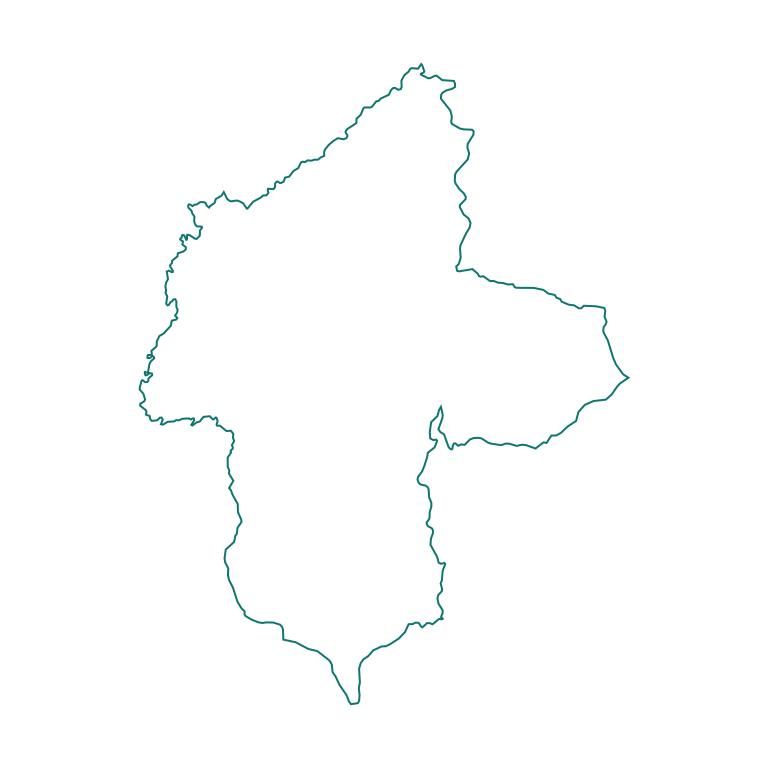 outline of Cisneros, Antioquia, Colombia, rotated 274°
{"feature_id": "7082276B52790973649265", "entity_name": "Cisneros", "entity_type": "district", "adm_level": 2, "iso_a3": "COL", "parent_name": "Colombia", "parent_adm1": "Antioquia", "projection": "albers", "projection_center": [-75.079, 6.546], "detail": "fine", "context": "isolated", "style": "outline", "palette": "teal", "viewbox_px": 768, "rotation_deg": 274, "n_neighbors": 0, "source": "geoboundaries", "source_scale": "gbopen_adm2", "svg_char_len": 6152}
<svg xmlns="http://www.w3.org/2000/svg" viewBox="0 0 768 768"><g transform="rotate(274 384 384)"><path d="M62.3,373.4L63.6,379.4L64.3,380.5L66.6,381.3L72.1,381.3L78.9,380.1L84.5,380.8L98.1,379.0L103.9,380.2L108.0,382.7L111.4,387.2L117.5,391.8L122.0,399.8L122.5,403.9L124.5,407.7L131.0,416.4L138.0,422.3L146.1,425.3L146.5,429.4L148.1,432.0L148.2,434.5L147.6,435.8L144.5,438.0L144.0,439.4L148.5,443.6L148.6,446.4L147.7,449.2L153.4,455.2L153.3,458.0L153.9,458.9L155.5,457.2L159.9,458.4L162.4,458.3L168.6,453.7L173.8,452.3L177.1,452.8L181.5,456.2L183.5,456.3L189.0,454.4L192.4,455.5L201.4,455.5L208.8,457.6L209.7,456.6L208.6,453.4L209.6,451.0L215.2,449.1L226.8,441.6L232.9,441.6L238.0,443.1L241.4,443.1L243.4,441.8L245.3,437.6L247.7,436.3L249.2,436.3L251.6,438.1L253.9,438.8L259.3,438.5L265.0,439.8L268.9,439.5L274.2,436.9L282.0,435.9L284.1,434.8L285.6,432.6L286.2,428.0L287.0,426.3L289.0,424.8L291.4,424.1L294.0,424.6L299.4,428.1L305.2,430.0L314.4,432.2L318.5,432.5L324.2,438.8L329.4,440.6L331.2,440.8L332.1,440.1L331.5,437.1L333.0,433.9L339.2,433.0L349.2,433.7L355.8,439.6L361.8,440.7L365.2,442.4L357.5,444.7L354.4,444.7L342.6,441.4L340.0,443.6L338.0,447.4L325.6,452.8L323.7,454.9L323.5,456.2L324.1,456.7L327.8,457.0L329.8,458.2L329.5,459.8L327.5,462.2L329.1,465.0L328.9,468.7L334.6,473.5L336.3,477.1L336.9,482.0L336.6,484.9L332.6,492.3L331.9,495.7L331.2,505.3L333.1,509.7L333.2,513.1L331.5,520.7L333.0,525.5L333.0,529.8L330.2,539.6L336.9,547.2L336.6,550.3L344.2,554.5L344.7,559.5L347.5,563.8L354.5,570.3L360.5,578.2L369.6,579.9L377.1,585.7L381.6,594.1L383.9,606.4L389.3,611.8L397.9,616.9L401.0,619.4L407.3,627.4L410.4,621.8L419.5,614.2L425.8,610.9L443.2,604.2L450.5,599.6L452.3,599.0L456.3,599.2L458.6,600.8L461.6,601.7L466.6,599.3L472.2,599.7L475.2,598.5L476.3,590.2L476.0,578.0L473.3,575.3L473.1,573.0L475.7,568.4L476.0,562.9L478.5,555.5L480.9,553.9L482.2,550.0L484.7,548.2L485.7,541.5L489.0,536.4L490.3,526.8L489.2,509.4L489.8,507.6L492.6,505.5L491.9,500.8L493.0,496.0L493.1,490.4L494.4,486.4L494.1,482.6L498.4,475.6L497.8,472.9L498.2,471.3L500.5,469.9L504.8,464.2L501.6,451.2L502.0,449.1L506.2,447.8L508.9,450.2L515.2,451.7L524.4,450.4L527.8,450.6L539.8,455.3L546.0,458.5L550.5,459.1L554.9,457.0L558.7,451.6L565.6,447.3L567.7,447.2L574.0,452.4L576.3,452.6L580.0,450.1L583.4,445.8L588.9,441.5L591.6,440.4L597.8,440.3L600.7,441.5L613.8,451.8L619.7,452.9L625.7,450.7L629.3,450.7L638.9,455.8L642.2,455.8L643.8,454.2L643.6,445.7L644.2,441.8L648.2,433.6L650.2,432.7L655.3,433.1L661.3,431.2L672.6,420.9L676.3,420.8L678.6,422.0L681.3,425.8L683.1,431.2L685.2,434.1L688.6,433.9L691.2,432.5L691.2,420.9L695.3,414.9L695.0,413.3L692.3,408.6L692.1,406.6L695.3,399.1L696.1,399.2L697.5,401.9L698.7,402.4L704.1,400.1L705.7,398.8L700.9,396.0L701.0,389.8L700.3,388.2L697.2,386.7L693.5,382.7L687.8,380.2L681.5,380.9L679.3,380.1L678.5,377.7L680.1,374.5L679.9,372.6L677.8,370.6L672.9,368.7L668.6,360.9L665.9,358.8L665.5,356.6L659.8,352.8L658.8,350.8L658.6,345.6L657.9,344.4L650.8,341.9L646.8,338.1L642.3,338.2L636.1,330.0L634.0,328.3L632.1,328.1L629.7,330.1L628.2,330.1L626.5,329.2L625.3,326.5L626.0,320.9L623.4,317.1L618.9,312.4L613.9,308.8L611.5,308.1L607.4,308.4L605.5,304.9L603.2,302.5L602.9,298.8L601.7,296.0L601.8,292.3L599.8,289.7L600.1,287.2L599.3,285.8L593.3,283.3L590.2,278.8L584.2,274.9L583.0,271.0L578.7,269.7L577.3,267.0L577.4,265.7L578.6,263.8L578.2,262.6L576.3,261.4L573.0,261.6L570.7,260.2L570.7,254.8L569.3,254.4L566.7,255.4L564.1,253.6L563.6,250.2L561.3,248.0L556.8,240.8L549.4,235.5L549.5,234.8L554.4,230.9L556.0,227.5L556.8,224.6L555.6,218.9L555.8,217.4L557.6,214.7L564.3,210.8L560.4,208.7L556.9,203.4L552.7,202.3L549.3,198.1L547.8,197.2L549.6,194.7L552.0,193.5L552.8,192.0L552.7,188.1L550.0,184.6L549.6,182.3L548.1,180.6L549.4,178.4L549.5,176.6L547.7,176.2L546.0,176.8L543.4,179.9L540.8,180.8L537.9,183.2L532.9,183.3L529.8,184.6L528.2,186.4L528.3,191.1L527.3,191.6L524.3,189.7L519.1,189.9L515.7,187.0L515.7,185.4L518.9,179.8L519.2,178.0L518.8,177.1L514.5,177.4L514.0,176.7L518.2,174.4L518.7,172.8L518.2,172.2L516.1,172.0L515.0,170.7L513.9,170.6L512.2,173.5L509.0,173.2L506.7,176.8L504.5,176.9L502.2,174.7L500.0,169.2L497.0,169.1L492.3,164.1L489.9,164.0L487.6,162.4L486.4,162.4L482.3,165.5L481.0,165.4L480.9,164.1L482.1,161.7L481.1,159.4L473.6,161.2L470.2,159.7L466.0,159.1L462.3,160.1L459.7,159.7L456.3,161.7L449.0,161.1L447.4,162.5L447.7,163.7L450.8,165.3L452.1,167.3L453.7,167.9L454.0,169.9L452.0,171.1L446.4,171.5L443.6,173.0L440.9,172.6L437.7,170.9L435.4,173.2L433.8,172.3L432.4,167.9L427.2,167.2L419.2,160.9L416.1,156.5L410.6,154.4L405.7,154.5L400.8,149.6L397.5,150.4L396.8,149.8L396.4,146.6L395.5,146.1L393.5,146.3L393.5,148.5L395.7,151.2L395.1,152.5L393.6,153.0L390.3,149.8L387.4,148.6L379.6,147.8L378.9,146.7L379.3,144.6L378.3,144.5L376.1,145.4L376.2,146.7L378.6,149.7L378.2,151.8L376.5,152.1L373.3,148.8L370.7,148.6L369.4,147.7L369.2,145.6L371.0,142.9L370.6,142.0L363.5,140.6L361.4,140.7L357.4,144.7L351.7,146.8L349.9,145.9L347.3,142.3L345.4,142.2L341.2,148.3L339.7,149.0L336.8,148.7L335.7,152.5L332.5,153.3L331.0,154.9L332.0,160.3L334.7,162.7L335.0,164.4L333.1,165.8L328.3,164.3L328.0,166.2L331.2,170.9L332.0,177.2L333.5,179.2L333.4,181.9L335.2,185.1L336.1,191.9L335.1,193.8L336.3,195.4L336.3,196.8L334.4,197.2L329.8,194.6L329.2,195.7L332.6,199.8L333.8,202.9L338.6,206.2L339.7,212.5L336.9,215.6L336.9,216.7L338.8,218.2L338.7,219.2L335.5,220.6L332.1,219.8L330.8,220.3L331.0,223.2L326.1,230.2L326.7,234.5L323.8,237.1L319.7,237.1L316.7,238.5L312.4,236.5L310.3,237.6L308.9,237.6L306.6,235.6L305.0,236.2L299.7,233.2L290.5,233.9L286.9,235.7L283.8,235.6L276.9,240.5L269.4,236.7L267.3,238.7L262.9,240.7L254.2,246.4L245.9,247.3L239.0,250.9L236.5,251.5L230.3,247.9L224.2,247.6L222.2,246.3L216.0,245.5L207.8,237.7L199.1,237.1L195.0,238.0L189.2,241.5L182.4,241.7L177.7,243.1L170.1,247.6L156.6,253.0L150.5,257.3L147.5,260.8L144.7,260.9L143.1,261.8L139.9,267.8L137.5,275.4L137.1,279.3L138.0,283.2L138.3,290.3L136.7,297.0L134.6,299.2L132.0,300.4L122.0,301.4L120.2,313.9L114.4,327.1L112.9,336.1L104.9,348.1L103.4,349.7L100.2,351.6L93.0,352.8L89.0,356.0L80.6,360.7L70.9,368.4L64.9,371.2L62.3,373.4Z" fill="none" stroke="#0f766e" stroke-width="2"/></g></svg>